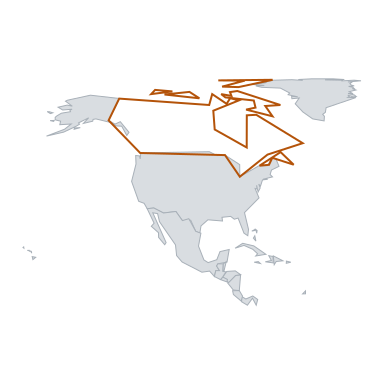 Canada on a map of North America (Equal Earth projection)
{"feature_id": "CAN", "entity_name": "Canada", "entity_type": "country or territory", "adm_level": 0, "iso_a3": "CAN", "parent_name": "North America", "parent_adm1": "", "projection": "equal_earth", "projection_center": [-89.555, 62.395], "detail": "coarse", "context": "in_parent", "style": "outline", "palette": "amber", "viewbox_px": 384, "rotation_deg": 0, "n_neighbors": 17, "source": "natural_earth", "source_scale": "50m", "svg_char_len": 5358}
<svg xmlns="http://www.w3.org/2000/svg" viewBox="0 0 384 384"><path d="M140.8,152.9L209.3,151.7L217.0,155.6L225.0,155.1L239.7,164.6L239.8,176.7L259.1,165.7L267.5,165.7L272.3,157.8L276.0,159.0L279.0,166.3L271.5,170.0L270.1,174.5L272.5,176.9L263.1,179.2L267.7,179.3L262.5,179.9L260.5,186.1L258.7,184.1L260.2,187.9L258.1,192.0L256.6,185.3L256.9,189.0L255.1,188.5L259.0,197.9L244.5,212.6L248.5,229.4L247.8,235.7L244.0,233.2L238.1,218.1L234.3,219.2L230.7,216.4L222.0,217.3L222.5,221.0L207.9,219.8L201.0,225.9L199.8,233.3L195.7,231.3L190.7,220.2L182.4,220.6L175.9,211.5L163.5,213.0L153.8,208.0L147.2,208.7L144.1,203.3L138.7,201.3L131.6,181.4L136.0,164.0L135.7,155.5L139.5,155.9L140.2,158.9L140.8,152.9ZM119.3,98.5L108.6,120.4L115.0,124.1L120.3,121.7L129.0,132.3L126.8,135.5L121.7,126.2L116.1,125.9L110.3,122.4L95.9,118.9L93.1,119.4L92.7,121.2L83.4,123.4L88.7,117.8L78.5,122.9L79.5,124.2L76.4,126.1L63.7,132.1L46.5,136.1L64.6,129.2L71.2,124.0L59.8,124.7L60.6,121.2L55.2,119.8L55.2,117.3L57.0,115.8L61.4,113.2L70.5,111.7L69.9,110.1L72.1,109.2L62.7,110.0L58.1,107.2L67.2,105.1L72.3,106.2L65.5,101.2L67.5,100.2L90.4,95.2L119.3,98.5ZM47.2,111.6L49.6,111.8L52.8,112.8L50.4,113.6L47.2,111.6ZM32.2,256.6L35.7,257.3L32.9,259.6L32.2,256.6ZM31.4,251.6L31.7,253.2L31.1,251.9L31.4,251.6ZM29.7,250.8L31.0,251.3L29.5,251.2L29.7,250.8ZM27.3,250.4L28.7,250.4L28.5,250.6L27.3,250.4ZM23.7,246.9L23.9,248.2L23.0,247.5L23.7,246.9ZM50.1,120.6L54.2,120.4L53.7,121.4L50.1,120.6ZM74.4,128.0L80.3,127.6L74.1,129.3L74.4,128.0Z" fill="#d9dde1" stroke="#a8b0b8" stroke-width="1"/><path d="M273.0,256.5L273.3,262.9L265.3,261.8L271.4,260.5L268.8,255.7L273.0,256.5Z" fill="#d9dde1" stroke="#a8b0b8" stroke-width="1"/><path d="M274.2,264.7L273.3,255.9L282.9,260.8L276.2,261.5L274.2,264.7Z" fill="#d9dde1" stroke="#a8b0b8" stroke-width="1"/><path d="M251.8,231.1L254.7,229.6L254.8,230.5L251.8,231.1ZM254.8,228.8L257.1,230.5L256.7,233.2L256.1,230.7L254.8,228.8ZM253.4,238.1L254.8,235.8L255.9,241.1L253.4,238.1Z" fill="#d9dde1" stroke="#a8b0b8" stroke-width="1"/><path d="M298.3,79.5L312.3,78.8L332.7,78.8L344.3,79.5L325.0,79.9L342.9,80.3L341.4,80.9L354.0,80.2L361.0,80.8L347.9,81.9L352.1,82.0L349.9,83.6L351.2,85.0L354.2,85.9L348.6,86.4L352.7,87.2L354.2,88.5L352.3,88.6L355.9,90.0L349.2,91.7L353.1,93.7L348.0,93.4L354.4,95.0L356.3,96.6L353.0,96.9L347.8,95.1L349.3,96.4L347.7,97.4L355.8,97.6L326.1,107.7L325.4,112.3L322.7,114.3L324.4,116.3L324.1,120.9L312.7,118.9L302.9,112.0L295.2,103.8L299.2,98.0L291.9,98.7L291.6,96.3L297.7,96.8L288.1,94.7L289.7,93.0L280.4,88.1L261.5,87.3L255.8,85.9L264.3,85.4L252.0,84.5L265.5,82.8L266.1,82.4L261.1,82.0L271.1,80.7L270.2,80.3L291.9,79.7L302.7,80.4L298.3,79.5Z" fill="#d9dde1" stroke="#a8b0b8" stroke-width="1"/><path d="M147.2,208.7L153.8,208.0L163.5,213.0L175.9,211.5L182.4,220.6L188.8,218.7L195.7,231.3L200.9,233.2L198.5,246.1L203.9,259.9L208.1,262.6L216.8,259.7L220.0,251.6L229.2,249.5L227.0,262.1L217.9,263.8L216.6,266.0L219.5,270.6L215.8,270.6L214.4,276.5L209.6,271.1L201.9,272.2L182.1,262.0L176.6,255.6L175.5,244.9L159.5,221.7L157.6,213.6L152.8,212.8L166.1,242.6L164.7,244.7L158.6,237.4L158.5,232.7L151.3,226.3L154.1,223.2L147.2,208.7Z" fill="#d9dde1" stroke="#a8b0b8" stroke-width="1"/><path d="M257.7,299.5L256.2,305.2L252.5,298.2L247.4,305.2L241.7,301.8L241.4,296.3L245.8,299.0L252.8,296.0L257.7,299.5Z" fill="#d9dde1" stroke="#a8b0b8" stroke-width="1"/><path d="M242.5,296.0L241.3,301.2L233.4,294.5L232.6,290.7L239.3,290.6L242.5,296.0Z" fill="#d9dde1" stroke="#a8b0b8" stroke-width="1"/><path d="M239.3,290.6L233.3,290.0L227.6,282.9L235.5,275.5L240.6,274.7L239.3,290.6Z" fill="#d9dde1" stroke="#a8b0b8" stroke-width="1"/><path d="M240.6,274.7L235.5,275.5L228.6,282.6L222.7,277.0L226.8,271.4L235.3,270.9L240.6,274.7Z" fill="#d9dde1" stroke="#a8b0b8" stroke-width="1"/><path d="M222.7,277.0L227.4,279.4L226.9,281.9L220.5,279.6L222.7,277.0Z" fill="#d9dde1" stroke="#a8b0b8" stroke-width="1"/><path d="M214.4,276.5L215.8,270.6L219.5,270.6L216.6,266.0L217.9,263.8L223.3,263.8L223.0,271.3L225.9,271.9L222.7,277.0L220.5,279.6L214.4,276.5Z" fill="#d9dde1" stroke="#a8b0b8" stroke-width="1"/><path d="M223.3,263.8L226.2,261.8L223.9,271.3L223.0,271.3L223.3,263.8Z" fill="#d9dde1" stroke="#a8b0b8" stroke-width="1"/><path d="M286.4,261.1L290.8,262.2L286.3,263.3L286.4,261.1Z" fill="#d9dde1" stroke="#a8b0b8" stroke-width="1"/><path d="M254.2,262.2L258.3,261.6L260.4,263.5L254.2,262.2Z" fill="#d9dde1" stroke="#a8b0b8" stroke-width="1"/><path d="M242.7,243.3L253.8,245.9L265.9,254.3L255.7,256.0L257.6,253.8L252.8,249.3L244.0,245.4L235.1,248.2L242.7,243.3Z" fill="#d9dde1" stroke="#a8b0b8" stroke-width="1"/><path d="M302.6,293.9L305.5,290.9L305.5,293.8L302.6,293.9Z" fill="#d9dde1" stroke="#a8b0b8" stroke-width="1"/><path d="M140.2,153.0L108.6,120.4L119.2,98.6L209.2,105.0L212.2,94.1L226.6,103.8L230.2,98.2L238.9,100.4L213.3,110.7L214.7,129.5L246.7,147.5L246.8,115.3L256.3,114.8L302.7,143.2L267.5,154.6L239.8,176.7L225.0,155.1L140.2,153.0ZM221.2,94.1L231.4,95.9L230.0,92.1L237.3,91.0L280.4,105.0L265.3,106.0L272.5,116.3L246.1,109.6L255.5,107.6L253.8,100.5L225.4,97.4L221.2,94.1ZM218.3,80.4L272.6,79.8L238.5,87.1L222.1,86.6L244.8,80.6L218.3,80.4ZM164.5,94.5L189.5,91.9L199.4,98.3L164.5,94.5ZM293.7,164.7L272.3,157.8L269.0,164.8L259.5,165.7L280.6,152.1L293.7,164.7ZM155.1,89.9L172.4,91.4L151.2,94.1L155.1,89.9Z" fill="none" stroke="#b45309" stroke-width="2"/></svg>